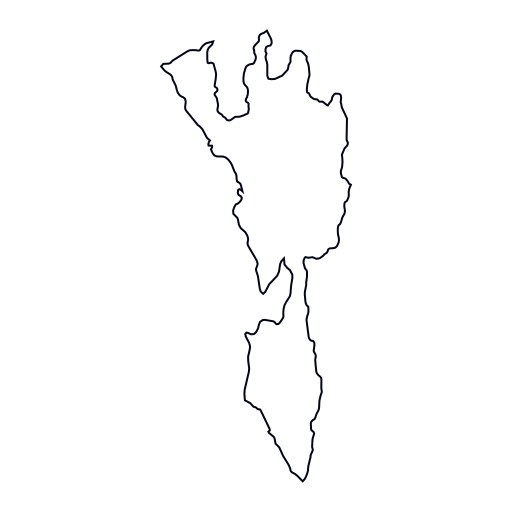 outline of Tak
{"feature_id": "THA-404", "entity_name": "Tak", "entity_type": "Province", "adm_level": 1, "iso_a3": "THA", "parent_name": "Thailand", "parent_adm1": "", "projection": "equal_earth", "projection_center": [98.786, 16.488], "detail": "fine", "context": "isolated", "style": "outline", "palette": "ink", "viewbox_px": 512, "rotation_deg": 0, "n_neighbors": 0, "source": "natural_earth", "source_scale": "10m", "svg_char_len": 5965}
<svg xmlns="http://www.w3.org/2000/svg" viewBox="0 0 512 512"><path d="M242.4,191.3L241.2,186.2L240.4,183.8L239.1,182.7L237.1,181.5L236.6,178.9L236.5,175.9L235.8,173.6L234.3,171.2L232.1,165.4L230.7,162.7L228.3,159.6L225.9,157.6L223.3,156.6L216.8,156.4L214.5,155.5L212.7,153.3L210.9,149.2L211.5,148.6L212.1,147.0L212.0,145.7L208.6,145.6L208.3,144.1L208.9,142.1L210.0,140.5L207.0,137.9L202.3,129.1L199.8,126.5L197.8,125.0L186.5,111.1L185.4,109.4L185.1,107.1L185.6,103.3L185.7,101.2L184.9,98.6L183.4,97.4L181.4,96.5L179.7,95.3L177.9,92.9L177.0,90.5L175.6,85.4L172.7,79.5L172.2,76.9L171.0,75.1L169.6,74.0L166.5,72.1L164.5,70.5L161.1,66.4L163.3,63.9L168.9,63.6L170.6,62.8L170.8,62.4L172.8,60.5L187.1,51.5L189.0,50.6L190.2,50.2L195.0,50.1L198.8,50.6L199.4,50.4L199.9,50.1L201.9,46.9L203.2,45.5L205.4,43.7L206.1,43.3L213.2,41.4L212.1,44.5L208.7,47.9L207.7,49.8L207.2,52.5L207.3,59.5L207.5,61.9L207.7,62.7L208.1,63.1L209.1,63.2L211.0,62.6L212.9,63.3L213.6,64.0L215.8,72.1L216.1,74.8L215.7,78.9L214.7,85.0L214.7,86.0L214.9,86.7L216.8,88.0L217.3,88.8L217.4,89.6L217.4,90.3L216.9,91.3L215.1,92.8L214.6,93.8L214.6,94.5L214.8,95.1L216.3,97.2L216.8,98.2L218.0,104.2L217.9,107.0L217.4,109.2L217.5,110.8L218.0,111.8L219.0,112.9L221.6,114.5L223.2,116.5L225.3,117.8L226.9,119.9L228.0,120.4L229.7,120.4L230.7,120.0L234.8,117.1L235.8,116.8L238.2,116.8L239.9,116.6L243.3,115.5L247.5,113.6L248.1,112.8L248.8,109.0L248.5,106.3L248.6,103.7L248.1,102.8L246.7,102.1L246.0,101.4L245.7,100.3L246.0,99.1L247.0,97.1L247.7,94.7L248.0,92.0L247.9,89.8L247.4,88.0L246.9,87.1L244.5,84.4L243.8,82.9L243.5,81.6L243.4,78.6L243.9,73.5L245.3,68.8L245.9,67.2L246.5,66.3L247.3,65.6L249.5,64.4L253.0,63.8L253.6,63.4L254.0,63.0L255.6,59.4L255.9,57.4L255.7,56.1L255.3,55.0L254.3,53.1L254.1,50.4L253.6,48.6L253.6,48.0L253.9,46.8L254.5,45.9L256.8,43.3L258.6,41.5L258.8,41.0L259.0,39.8L258.8,37.9L258.8,37.3L259.4,35.6L260.0,34.7L260.8,34.1L264.1,32.7L266.9,30.7L271.0,38.8L271.6,41.0L271.6,43.4L270.5,45.4L267.8,46.1L266.2,47.1L265.5,49.2L265.5,51.6L266.5,53.5L265.5,56.7L265.9,59.4L266.8,62.0L267.3,64.8L267.3,75.8L268.4,78.7L271.6,79.2L275.1,78.9L280.6,76.3L281.5,76.1L282.4,75.4L287.5,69.9L288.0,68.8L288.7,64.8L290.4,62.2L290.5,61.5L290.5,57.9L290.8,55.8L292.3,52.8L292.8,52.1L293.9,51.3L295.6,50.7L300.6,51.0L302.4,52.1L306.7,56.5L306.5,59.1L306.7,60.6L307.6,62.3L308.4,64.7L308.8,67.2L309.5,74.2L309.3,76.2L308.7,78.1L307.3,84.4L306.8,89.8L307.0,91.4L307.2,92.4L308.6,93.1L309.1,93.7L310.6,96.7L314.1,99.1L317.0,99.4L318.1,100.3L318.8,101.2L319.5,101.6L320.0,101.7L322.3,101.6L323.6,102.4L327.1,105.2L327.9,105.4L329.3,103.2L331.6,100.4L332.1,97.9L332.5,96.7L333.9,94.6L334.7,94.0L335.7,93.6L338.7,93.8L339.8,94.2L340.7,95.2L341.1,97.1L341.1,98.6L340.7,101.5L340.9,103.2L341.3,104.3L341.8,107.3L347.0,118.5L346.6,137.8L346.7,140.3L347.8,142.4L347.8,143.2L347.7,144.3L347.2,145.5L344.5,148.5L342.1,154.2L341.9,155.3L342.3,157.6L342.5,162.3L342.1,166.9L340.8,171.4L340.9,173.3L342.0,177.3L342.4,177.6L345.0,178.4L345.8,178.9L347.3,180.7L349.1,183.6L349.9,184.2L350.9,184.7L349.2,188.9L348.7,191.5L348.8,195.8L348.3,197.8L347.1,200.5L346.6,201.1L345.0,202.2L344.6,203.0L344.4,204.1L344.3,206.6L344.9,210.2L344.9,211.7L344.4,213.8L342.4,217.4L340.8,222.7L339.8,224.4L338.9,224.9L338.1,226.3L337.8,228.8L337.8,231.7L338.0,234.3L338.7,237.4L339.0,240.1L338.6,242.4L337.3,245.5L336.8,246.2L335.4,247.6L333.9,248.1L329.9,248.4L328.9,248.8L328.2,249.5L327.4,251.7L326.9,252.7L324.4,254.3L323.4,255.5L320.3,257.9L318.8,258.5L316.0,258.7L313.7,257.6L312.2,257.2L308.6,257.8L305.6,257.1L305.0,257.5L304.5,258.2L303.6,260.5L303.6,263.4L304.8,267.7L305.2,268.6L306.5,270.2L307.0,271.8L307.0,276.6L306.2,282.2L306.2,285.0L304.8,292.3L304.8,294.6L305.4,301.2L305.8,303.4L306.7,305.3L308.2,306.7L308.4,307.7L308.4,312.1L307.9,314.4L307.4,315.5L306.8,317.9L306.5,320.0L308.7,337.1L309.0,338.1L309.9,339.7L311.3,340.7L312.9,340.9L313.9,342.0L314.3,343.0L314.4,345.4L313.7,350.6L313.8,351.5L315.2,353.9L315.8,355.6L315.8,356.5L315.2,359.7L315.7,365.8L316.3,371.3L316.5,372.5L316.9,373.3L318.4,375.2L320.1,376.6L321.1,377.8L321.4,379.4L321.3,387.9L321.8,391.8L321.6,392.7L320.5,395.9L319.8,399.0L319.4,401.0L319.1,407.8L318.9,409.0L318.0,411.3L316.7,413.5L315.3,417.6L314.8,418.6L314.4,419.2L312.6,420.3L311.3,421.8L311.0,422.5L310.8,423.6L311.1,429.2L311.5,430.2L313.5,431.9L313.9,432.8L314.1,433.4L314.0,434.3L312.9,437.6L312.5,439.3L312.1,446.9L312.7,449.2L312.7,450.6L311.0,454.3L310.6,455.5L310.5,457.2L308.5,465.4L308.0,468.9L308.1,470.2L307.3,473.1L306.1,476.4L304.8,478.9L302.7,481.3L297.0,475.5L294.9,473.9L291.9,472.3L291.1,471.5L290.7,470.8L289.9,467.7L288.7,465.0L283.2,456.1L279.4,447.7L277.8,445.8L275.9,444.0L275.5,443.4L274.8,439.5L274.4,438.1L274.1,437.4L273.7,436.8L268.9,432.8L268.4,431.6L269.8,430.5L269.8,429.8L269.5,428.7L260.7,410.4L259.9,409.4L257.7,409.1L256.0,407.5L255.4,407.2L254.2,407.0L253.3,406.5L250.3,403.2L244.9,400.3L244.4,393.7L244.7,389.6L248.9,371.6L249.2,368.4L248.2,360.9L248.1,356.7L249.7,349.7L250.1,346.6L249.2,343.0L245.7,336.4L245.3,334.0L246.4,332.6L248.0,332.9L251.0,334.3L253.8,334.1L254.8,333.4L256.3,331.8L258.1,328.3L258.9,324.7L260.1,321.8L262.8,320.0L265.1,319.9L273.3,321.3L274.8,322.2L275.6,323.4L276.5,324.2L278.5,323.9L279.7,322.8L282.8,318.3L283.4,316.7L283.3,312.6L283.6,308.8L284.5,305.3L286.1,302.1L289.8,296.4L290.5,293.6L291.1,285.6L292.4,277.8L292.3,274.6L290.0,270.2L287.0,267.6L284.5,264.5L284.0,258.4L281.2,261.4L280.1,264.3L279.0,271.6L277.2,275.8L269.3,284.1L265.3,291.8L263.2,293.8L260.7,291.5L259.8,288.8L257.9,276.0L256.2,270.8L256.0,268.9L257.4,265.2L257.6,263.3L256.5,260.1L248.4,246.2L247.6,244.3L247.6,242.4L248.0,240.5L248.1,238.9L247.8,237.3L247.2,235.5L245.3,232.2L240.7,228.1L238.9,224.7L238.0,219.8L237.3,217.8L233.4,213.9L233.1,210.7L234.2,207.3L235.8,204.4L237.7,203.7L239.8,201.9L241.4,199.7L241.8,197.8L240.9,196.3L238.4,194.7L237.8,192.6L238.1,190.1L239.2,189.2L240.7,189.7L242.4,191.3Z" fill="none" stroke="#020617" stroke-width="2"/></svg>